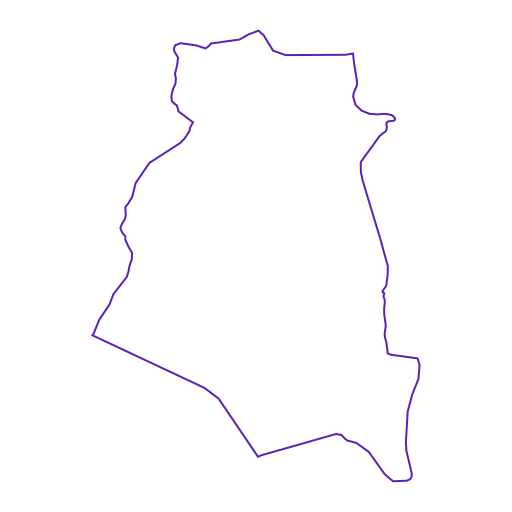 the Province of South Khorasan
{"feature_id": "IRN-3244", "entity_name": "South Khorasan", "entity_type": "Province", "adm_level": 1, "iso_a3": "IRN", "parent_name": "Iran", "parent_adm1": "", "projection": "orthographic", "projection_center": [59.888, 32.335], "detail": "fine", "context": "isolated", "style": "outline", "palette": "violet", "viewbox_px": 512, "rotation_deg": 0, "n_neighbors": 0, "source": "natural_earth", "source_scale": "10m", "svg_char_len": 1834}
<svg xmlns="http://www.w3.org/2000/svg" viewBox="0 0 512 512"><path d="M353.0,53.5L354.1,63.5L357.0,81.2L356.8,85.8L353.8,92.6L353.1,96.4L355.5,104.8L361.7,110.7L369.5,113.8L377.1,114.4L384.2,113.9L387.9,114.2L391.2,115.0L392.7,115.8L394.3,117.3L395.2,118.9L395.1,119.1L394.4,120.4L392.9,120.9L388.4,121.3L386.7,122.5L386.4,124.1L386.7,126.1L386.9,128.0L386.4,130.4L385.4,131.7L382.3,133.7L379.5,136.2L375.8,141.3L371.2,147.7L365.9,154.9L361.3,161.3L360.7,162.9L360.9,172.1L362.4,179.5L365.2,189.0L368.6,200.2L372.1,211.8L375.8,224.0L379.9,237.4L384.3,253.5L387.8,265.9L387.6,275.3L386.4,284.6L385.8,286.5L383.3,289.9L382.5,291.6L382.9,292.4L383.7,292.8L384.3,293.5L383.5,296.0L383.7,297.2L384.2,298.4L384.6,299.6L384.8,302.1L384.1,309.3L384.3,314.9L385.8,325.6L384.6,334.2L384.9,337.0L386.4,342.5L387.7,353.4L391.0,354.8L401.0,356.1L417.6,358.4L419.6,365.1L418.4,379.1L412.2,394.5L407.7,411.6L405.9,441.9L406.4,450.8L411.7,473.2L411.6,476.9L410.0,479.3L406.7,480.7L393.1,481.3L384.8,474.3L368.9,452.0L356.5,443.0L347.3,440.5L345.0,438.7L341.5,435.0L336.0,434.0L261.2,455.3L258.0,456.8L218.6,398.6L204.4,387.9L92.4,335.3L93.8,333.1L99.2,319.9L109.6,304.3L113.4,294.2L126.8,276.9L128.5,271.5L129.5,265.8L131.8,259.3L132.1,253.0L128.3,246.4L125.4,239.9L125.3,236.3L122.5,233.0L121.1,230.3L120.4,227.8L122.1,223.6L124.8,219.4L125.7,215.8L125.4,206.9L127.9,204.0L132.2,196.9L135.6,183.2L149.4,162.9L180.2,143.0L184.5,138.6L189.5,130.9L190.1,127.6L193.0,122.3L178.5,111.4L177.7,108.1L176.7,105.3L174.5,103.7L171.8,101.0L171.4,96.0L172.9,89.5L175.5,83.5L175.9,78.9L175.0,73.8L177.1,65.3L178.1,57.6L174.4,51.5L173.9,48.4L175.3,45.2L180.5,43.2L195.8,45.3L205.6,48.4L208.2,46.6L211.0,43.5L239.6,39.5L248.5,34.4L258.5,30.7L263.6,35.2L273.0,50.6L285.6,55.1L345.4,54.8L352.9,53.5L353.0,53.5Z" fill="none" stroke="#5b21b6" stroke-width="2"/></svg>